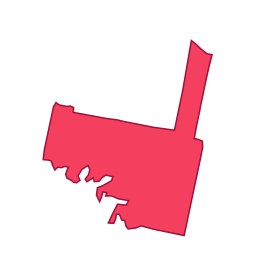 Ubiretama, Rio Grande do Sul, Brazil (Natural Earth projection), rotated 12°
{"feature_id": "56859067B41262426681364", "entity_name": "Ubiretama", "entity_type": "district", "adm_level": 2, "iso_a3": "BRA", "parent_name": "Brazil", "parent_adm1": "Rio Grande do Sul", "projection": "natural_earth1", "projection_center": [-54.665, -28.017], "detail": "fine", "context": "isolated", "style": "filled", "palette": "rose", "viewbox_px": 256, "rotation_deg": 12, "n_neighbors": 0, "source": "geoboundaries", "source_scale": "gbopen_adm2", "svg_char_len": 1392}
<svg xmlns="http://www.w3.org/2000/svg" viewBox="0 0 256 256"><g transform="rotate(12 128 128)"><path d="M51.6,176.6L56.0,176.0L59.5,176.0L61.9,180.0L65.2,184.3L67.4,181.0L71.2,180.6L74.3,178.7L77.8,178.7L77.0,182.9L76.6,186.2L78.8,189.8L82.9,190.8L86.0,192.3L89.0,192.3L91.9,189.2L89.0,185.2L91.6,178.0L96.6,173.0L99.3,176.5L99.1,182.0L96.7,186.9L98.9,189.2L104.2,184.1L106.2,187.5L110.8,186.0L113.2,181.6L116.2,178.7L123.3,178.7L122.9,182.9L120.0,185.5L114.9,190.0L110.5,192.7L111.1,200.3L115.6,206.0L116.4,201.1L116.8,195.7L120.7,195.7L120.2,199.2L126.1,197.8L133.6,199.3L143.8,198.9L142.2,203.8L133.6,204.7L130.6,215.8L128.5,225.0L133.9,224.2L134.9,219.4L134.5,214.8L137.4,214.1L141.0,219.3L144.0,219.2L146.4,224.3L149.1,226.7L156.1,224.3L161.3,221.0L175.0,221.7L205.3,221.5L205.2,186.5L205.2,179.4L205.2,173.9L205.2,165.7L205.2,159.2L205.2,150.9L205.2,144.1L205.1,139.7L205.1,135.4L205.1,131.3L203.5,125.4L198.8,124.5L195.0,124.5L194.8,119.1L194.6,112.1L194.6,97.5L194.4,91.2L194.4,82.1L194.3,66.4L194.5,51.1L195.0,38.8L189.9,39.0L183.0,35.6L176.5,31.6L171.8,29.3L173.7,79.2L173.9,120.5L153.1,122.0L122.8,122.5L116.0,122.3L112.4,122.6L102.1,123.3L71.2,124.1L70.5,119.3L67.0,118.5L63.4,119.7L59.6,119.7L55.6,119.7L52.3,118.1L50.7,122.6L50.7,127.0L50.7,130.6L50.7,141.3L50.7,148.1L50.7,157.6L50.7,161.9L50.7,166.7L51.6,176.6Z" fill="#f43f5e" stroke="#9f1239" stroke-width="1.5"/></g></svg>